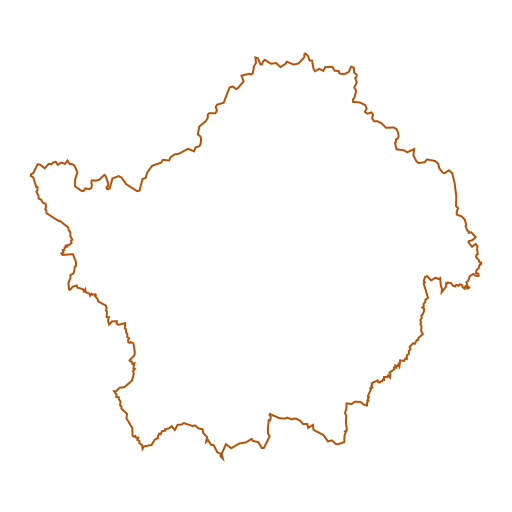 San Sebastián del Oeste, Jalisco, Mexico (Equal Earth projection)
{"feature_id": "50627088B9683107212546", "entity_name": "San Sebastián del Oeste", "entity_type": "district", "adm_level": 2, "iso_a3": "MEX", "parent_name": "Mexico", "parent_adm1": "Jalisco", "projection": "equal_earth", "projection_center": [-104.835, 20.855], "detail": "fine", "context": "isolated", "style": "outline", "palette": "amber", "viewbox_px": 512, "rotation_deg": 0, "n_neighbors": 0, "source": "geoboundaries", "source_scale": "gbopen_adm2", "svg_char_len": 5983}
<svg xmlns="http://www.w3.org/2000/svg" viewBox="0 0 512 512"><path d="M452.3,173.4L448.9,170.3L444.5,173.2L442.8,172.8L439.3,168.3L438.2,163.7L435.0,161.0L427.0,159.4L424.7,162.2L418.6,163.1L416.3,161.1L413.4,155.4L414.1,149.1L407.1,152.3L404.1,150.3L396.5,149.3L395.0,142.8L396.0,141.9L396.0,139.3L397.8,138.5L398.6,136.2L398.3,133.1L396.4,129.0L393.7,127.5L386.1,127.8L381.5,123.3L377.1,121.1L374.3,121.5L372.0,118.2L373.1,114.8L371.4,112.4L367.4,113.7L364.9,111.8L366.7,108.4L365.2,105.1L360.0,102.5L353.1,101.9L353.0,99.4L354.4,97.7L355.9,91.9L355.9,90.0L354.3,87.6L356.8,82.3L355.2,78.1L356.6,76.7L356.7,74.9L354.1,72.6L353.9,67.8L351.2,66.6L348.7,72.0L344.2,74.2L340.3,73.7L339.2,73.0L338.7,71.1L334.6,70.7L332.3,66.8L325.3,67.2L323.2,70.9L319.3,68.8L315.0,71.2L313.6,69.0L312.0,60.5L309.6,60.5L308.1,56.1L305.4,53.4L304.4,54.2L304.4,57.2L298.4,63.5L293.7,64.6L286.8,61.7L285.7,63.7L280.5,67.1L276.2,63.1L270.8,63.7L264.8,59.8L263.0,61.5L262.0,64.3L260.5,64.6L257.9,58.2L255.4,57.5L256.1,62.7L254.1,65.9L252.7,73.5L251.2,74.5L249.1,73.8L241.5,75.6L243.6,81.4L237.6,88.4L236.0,89.0L232.8,86.5L229.6,87.4L223.6,102.8L217.1,104.6L215.7,107.0L217.0,110.5L215.3,113.3L209.3,113.2L207.7,114.8L207.8,117.8L205.7,121.3L199.3,126.5L197.8,134.5L200.4,136.3L201.1,138.9L200.7,143.6L199.4,146.2L195.6,147.4L194.0,151.3L187.9,148.8L179.1,153.7L174.4,154.5L170.7,157.2L169.1,160.5L162.8,159.8L161.1,162.7L152.1,165.8L147.3,172.3L145.5,178.1L142.5,179.0L139.5,190.6L137.1,191.1L126.3,184.3L121.5,177.5L118.7,176.1L112.4,178.5L109.8,188.0L108.4,189.3L107.0,189.0L106.4,187.4L108.0,186.3L108.1,182.9L105.3,175.4L104.4,174.9L99.2,179.7L95.8,180.7L91.9,180.3L91.3,181.8L91.9,185.9L91.0,188.3L88.6,189.1L85.3,188.3L83.7,190.9L81.7,191.0L75.0,186.3L75.1,179.7L77.4,172.1L74.4,165.6L72.0,164.0L70.0,164.2L67.5,160.6L65.0,163.9L61.2,162.5L57.8,164.8L55.7,161.7L53.1,162.5L51.5,164.3L48.8,163.8L44.7,168.3L39.9,164.6L37.6,164.3L33.2,173.3L31.1,174.2L30.7,175.8L33.3,177.5L36.2,186.9L37.5,187.1L37.4,190.3L36.4,191.6L38.4,195.5L38.7,198.7L41.0,199.5L42.7,202.5L45.6,203.8L46.1,206.7L45.2,209.0L46.1,209.8L46.5,213.2L58.6,221.0L60.1,221.1L68.0,227.2L69.0,230.6L70.4,232.2L70.3,235.9L72.3,239.7L71.1,240.7L71.5,243.0L69.6,244.7L66.1,245.5L67.1,246.6L64.7,247.4L64.4,249.8L62.8,250.1L63.4,252.5L61.4,253.4L62.4,254.9L72.9,254.2L76.0,262.1L76.0,265.8L74.7,266.7L74.2,271.4L73.2,273.6L70.4,275.1L70.5,277.7L68.4,282.9L69.0,288.9L69.7,289.3L69.2,290.6L72.9,286.6L76.7,285.5L77.6,287.7L82.7,289.0L83.9,291.4L85.3,289.3L85.7,292.3L89.5,293.6L90.1,295.8L91.7,293.7L92.8,294.7L95.4,294.3L95.9,295.0L95.1,296.1L97.6,299.1L98.1,301.3L105.8,305.6L106.6,308.2L106.0,310.5L107.0,311.7L106.6,317.0L108.9,317.2L108.0,320.6L109.1,324.6L112.1,321.4L116.8,321.2L116.6,323.7L118.5,324.8L125.2,323.1L124.8,328.2L126.0,329.4L126.3,332.9L127.3,333.9L127.3,337.1L129.1,338.3L128.0,340.2L128.4,342.4L129.9,342.9L130.7,342.0L133.5,343.6L134.8,352.1L134.4,355.4L129.5,360.3L130.1,361.4L131.7,361.5L132.4,364.1L134.4,363.2L133.4,368.3L134.8,369.0L133.0,371.2L133.8,373.6L132.1,380.4L124.4,387.2L119.8,387.7L116.0,391.2L114.1,391.2L116.6,394.9L116.2,396.9L118.9,397.4L118.8,399.1L120.5,401.6L120.1,405.3L121.5,406.4L121.4,408.6L127.1,414.1L126.4,418.3L132.2,427.8L132.6,435.8L133.9,436.7L135.3,435.9L136.0,437.6L138.2,437.7L137.3,439.8L139.4,441.0L139.3,443.0L142.2,445.3L142.6,448.7L143.9,446.4L151.5,445.0L154.8,439.6L157.9,438.2L157.5,437.4L159.1,433.6L160.7,434.2L162.0,431.2L165.2,430.7L165.1,429.3L169.3,428.2L171.6,426.1L174.8,430.0L177.6,424.8L181.5,424.6L183.8,423.1L192.6,426.0L195.0,425.4L198.5,428.4L202.6,429.2L203.2,432.9L207.1,437.2L206.2,441.9L208.1,440.1L211.0,444.8L213.7,445.2L217.3,452.3L220.5,453.7L220.6,456.3L222.8,458.6L221.7,453.9L225.9,444.2L231.2,448.2L239.2,443.5L245.9,442.4L251.7,438.9L252.9,440.9L258.4,442.2L261.8,448.0L263.9,447.9L269.6,436.5L268.0,433.3L267.9,428.9L268.7,420.2L269.9,420.5L270.9,417.4L269.5,414.9L270.0,414.0L279.4,418.2L284.4,418.6L287.4,417.6L291.8,419.4L294.4,418.5L296.9,419.0L300.4,420.9L303.2,424.1L307.3,424.0L308.1,427.8L312.9,424.9L313.5,429.8L323.6,435.2L327.9,441.4L331.8,440.4L335.9,444.0L337.8,444.3L344.3,442.1L344.5,435.4L345.8,431.9L345.1,431.4L346.9,430.0L345.9,422.2L346.3,415.8L345.0,413.0L346.4,408.4L346.5,403.4L351.6,404.0L354.8,401.7L360.3,401.9L364.6,405.1L367.0,405.5L367.0,403.3L368.3,400.6L367.4,400.4L368.8,397.2L368.1,397.1L368.1,395.5L370.9,389.5L370.3,388.3L372.3,387.5L371.3,385.9L372.2,385.0L371.8,383.2L377.6,380.4L378.0,382.1L379.9,382.5L380.4,381.4L382.2,381.3L382.9,379.6L384.0,379.8L384.0,377.0L387.3,377.1L388.1,375.3L390.0,377.5L390.4,374.0L389.6,372.5L394.1,369.5L394.1,367.4L396.2,367.7L395.4,365.5L397.5,366.0L398.4,364.3L399.4,366.5L400.2,360.3L404.2,360.9L405.3,358.6L406.8,359.0L406.8,355.4L408.9,353.8L408.8,351.1L410.4,349.4L409.6,346.9L413.2,343.2L414.9,343.8L416.7,340.2L418.2,339.9L418.3,338.0L422.8,334.1L421.1,330.8L421.5,326.0L420.4,324.3L421.1,322.2L420.3,320.2L421.8,317.9L421.3,315.6L422.4,314.9L424.0,311.0L424.2,308.8L422.4,307.5L423.7,306.5L423.6,303.8L425.4,302.0L425.3,299.8L428.0,297.8L423.7,283.5L424.8,282.2L423.7,281.0L425.2,276.9L427.0,276.0L431.1,280.4L435.7,277.7L438.5,279.1L440.2,278.0L440.8,285.5L442.0,288.9L441.7,292.2L446.0,286.7L446.2,283.5L446.7,284.0L447.7,282.6L451.1,283.1L452.9,285.7L455.3,286.5L455.5,285.3L456.8,284.9L458.6,285.8L459.8,284.4L461.8,284.8L462.7,287.2L464.7,288.8L465.5,286.0L467.2,285.8L467.2,288.5L468.6,288.2L469.2,287.4L467.8,286.9L466.4,282.2L468.3,280.6L469.9,276.0L473.3,274.0L475.7,275.8L478.6,275.9L478.4,273.7L475.9,273.0L476.6,270.0L478.6,268.2L479.7,264.5L480.9,264.4L481.3,262.7L479.1,261.7L478.9,260.3L476.0,256.9L476.3,255.1L477.8,254.2L477.0,249.3L477.5,246.2L475.6,244.0L472.0,246.8L468.4,242.2L468.7,241.2L472.3,240.2L475.7,237.2L471.2,232.3L468.8,232.8L468.8,231.6L467.4,230.7L465.6,226.4L466.1,224.5L464.8,219.7L461.6,216.4L456.8,214.6L456.7,211.6L458.1,208.1L456.0,206.1L456.3,196.4L454.7,183.7L452.3,173.4Z" fill="none" stroke="#b45309" stroke-width="2"/></svg>